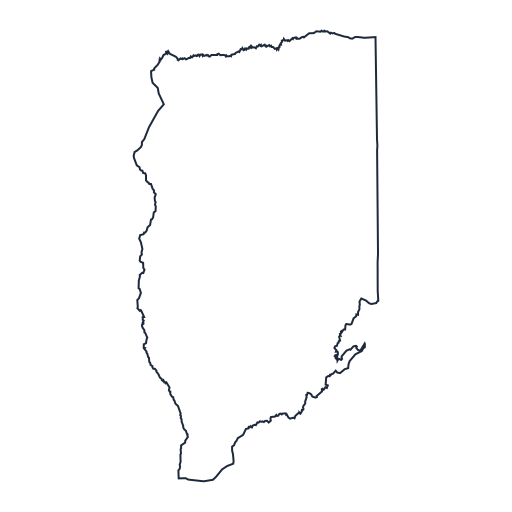 the district of Meatu, Simiyu, United Republic of Tanzania
{"feature_id": "72390352B64411652351957", "entity_name": "Meatu", "entity_type": "district", "adm_level": 2, "iso_a3": "TZA", "parent_name": "United Republic of Tanzania", "parent_adm1": "Simiyu", "projection": "equal_earth", "projection_center": [34.38, -3.507], "detail": "fine", "context": "isolated", "style": "outline", "palette": "slate", "viewbox_px": 512, "rotation_deg": 0, "n_neighbors": 0, "source": "geoboundaries", "source_scale": "gbopen_adm2", "svg_char_len": 5959}
<svg xmlns="http://www.w3.org/2000/svg" viewBox="0 0 512 512"><path d="M348.2,368.1L348.5,364.3L349.7,361.0L355.4,354.3L361.7,351.1L363.4,348.1L364.8,347.3L364.9,344.0L364.7,343.5L360.3,350.7L357.9,349.9L356.2,347.8L356.8,346.5L355.9,345.8L353.4,346.4L350.5,349.7L349.7,349.3L346.4,350.7L341.7,356.3L341.5,357.4L342.1,358.9L341.2,359.9L339.1,358.9L338.3,359.2L337.5,360.6L337.3,357.5L336.5,357.3L336.2,358.7L335.7,358.3L335.4,356.3L334.8,356.1L335.3,355.2L336.6,354.9L336.8,356.9L337.8,354.7L337.9,352.7L337.5,351.6L335.9,351.7L336.4,350.3L334.4,347.9L335.0,346.4L336.9,345.8L337.7,343.1L338.6,342.7L338.8,341.1L340.1,340.6L339.1,336.7L340.0,335.5L340.5,335.7L339.9,334.0L340.9,333.5L340.9,331.6L341.2,331.3L341.6,332.4L343.6,329.5L345.1,329.5L345.5,325.2L346.3,324.0L350.2,324.6L351.5,324.0L353.6,318.3L356.1,316.3L356.4,314.4L358.0,314.8L358.1,311.9L359.4,309.3L359.4,306.0L359.8,304.8L359.5,301.6L361.3,298.5L366.1,300.6L369.0,303.2L371.3,304.0L376.2,303.1L377.5,301.1L378.3,300.9L377.7,290.7L377.6,262.1L378.0,254.0L377.1,150.5L377.4,145.5L377.0,139.3L375.5,37.1L364.4,37.8L356.7,36.9L354.7,37.2L352.5,38.6L350.1,38.4L348.0,37.1L344.4,36.6L335.2,33.8L334.4,33.0L332.7,33.4L330.9,32.7L330.2,33.6L327.3,31.3L325.9,31.5L324.5,30.8L324.4,31.5L323.0,31.6L321.4,30.7L320.6,31.7L316.4,31.3L313.8,33.1L309.1,33.3L303.9,37.4L303.2,36.8L302.0,37.1L299.6,38.7L296.4,38.8L296.0,38.0L296.4,37.5L296.0,37.3L293.5,38.0L293.0,38.9L292.5,38.2L289.4,41.1L288.4,40.2L287.7,40.9L287.0,40.2L285.1,40.7L283.9,39.0L283.7,39.9L281.9,40.6L282.2,41.7L280.6,43.5L281.0,44.7L280.1,44.7L279.4,45.6L279.6,46.9L278.9,47.2L278.5,49.1L278.0,48.2L276.9,49.6L276.6,48.2L274.8,48.9L273.1,47.0L271.7,47.0L271.0,45.7L270.0,46.3L269.2,45.1L266.3,46.7L266.0,45.7L265.3,45.9L264.7,44.7L261.5,46.4L260.8,46.1L260.8,44.9L259.9,45.4L259.2,44.7L257.8,46.5L256.8,46.3L255.9,48.3L254.3,47.3L252.6,47.5L251.9,46.7L251.9,47.5L251.4,47.8L251.0,47.0L250.8,47.8L250.1,47.4L250.2,46.4L249.0,47.3L248.6,48.7L247.3,48.5L246.5,49.4L246.2,48.4L244.9,48.5L244.8,49.6L243.7,50.2L242.4,48.2L242.0,49.3L240.7,49.1L239.3,52.0L238.5,51.5L235.5,53.0L235.0,54.0L231.7,54.6L231.1,56.1L230.6,55.6L229.3,56.3L226.8,56.2L226.4,55.6L225.9,56.4L225.2,55.3L223.2,54.9L220.4,55.2L218.7,53.7L217.3,54.2L217.2,55.0L211.4,55.0L209.8,56.6L208.9,56.4L208.3,55.3L207.1,55.6L206.8,54.9L204.2,55.9L203.0,54.7L202.6,55.7L201.9,54.5L200.4,54.6L199.6,55.9L199.1,54.8L198.2,54.6L197.5,55.1L197.9,55.6L196.5,56.1L195.7,55.4L194.0,56.0L193.6,55.4L192.0,57.3L190.8,56.4L190.1,58.0L188.7,58.0L186.1,59.4L184.6,58.2L182.8,59.1L182.5,58.5L181.4,59.0L180.6,58.4L178.3,60.3L177.7,59.8L177.5,58.5L175.8,56.7L169.8,53.8L168.3,51.4L167.7,52.9L167.2,51.5L166.1,51.8L166.8,53.7L165.8,53.4L164.8,54.5L163.6,54.8L162.2,57.9L161.0,59.3L160.4,58.8L160.5,59.3L159.7,59.4L160.1,60.7L159.4,61.0L159.5,61.8L157.7,64.8L154.2,68.4L154.2,69.7L151.2,71.0L151.1,72.3L151.4,77.3L152.6,82.8L157.8,88.0L158.7,93.4L163.8,104.3L158.1,110.9L149.0,127.2L144.3,139.1L141.9,142.1L141.9,145.0L140.8,147.2L137.2,150.5L134.6,152.0L133.7,155.7L133.9,157.7L136.8,165.4L139.5,167.2L140.0,169.5L140.9,170.4L142.4,170.7L143.2,173.0L145.2,173.3L146.0,175.2L146.0,180.3L147.6,182.3L148.7,182.7L149.3,184.0L151.0,184.0L152.7,189.0L154.0,190.4L153.9,192.3L155.8,194.2L154.6,197.6L154.9,200.9L155.6,202.1L155.0,204.6L155.8,206.6L155.5,211.2L153.8,212.4L153.1,217.4L152.0,219.3L151.0,219.6L150.1,225.0L147.6,227.2L146.6,230.7L145.3,232.5L144.1,232.5L143.6,234.2L140.2,235.1L139.2,238.7L140.9,242.3L142.4,249.0L141.5,252.1L141.9,254.5L140.2,256.3L139.7,260.5L140.5,261.8L143.1,262.8L143.3,268.0L144.5,269.7L143.3,273.0L142.2,272.8L139.7,275.0L140.0,276.3L138.8,280.6L138.6,288.3L139.7,289.0L140.9,292.9L138.9,298.4L137.3,300.0L137.8,306.8L137.4,308.2L139.8,310.8L140.4,310.1L141.1,310.4L144.1,317.0L142.7,317.1L142.8,319.9L143.7,320.6L142.9,322.3L143.3,322.4L143.5,323.7L143.0,324.1L142.6,323.3L141.9,325.5L142.5,327.5L144.4,330.3L144.4,332.3L145.2,332.9L147.3,337.7L146.7,338.8L146.0,343.2L143.8,344.3L143.7,347.6L144.9,348.0L144.2,348.7L146.5,351.5L146.5,352.8L147.3,353.7L148.1,357.0L148.9,357.6L149.3,362.0L150.2,362.8L150.6,365.0L152.4,366.1L152.5,367.5L153.4,368.8L154.9,368.8L156.4,370.6L156.4,371.7L158.3,374.0L159.9,377.5L161.7,379.0L161.8,380.0L162.7,380.8L163.4,380.2L164.1,382.1L164.7,381.9L165.5,383.2L166.4,382.4L169.5,387.5L168.9,390.2L169.7,391.7L170.3,391.7L170.3,394.1L172.0,396.7L173.2,397.2L173.7,399.9L174.4,400.5L175.4,403.6L178.0,406.0L180.7,413.8L180.2,415.0L181.0,416.1L180.7,418.0L181.6,419.2L181.6,421.5L183.2,425.9L183.2,427.3L183.9,428.9L186.0,431.0L186.7,433.4L187.6,434.3L187.2,434.9L187.9,436.9L185.2,440.8L185.2,442.6L181.1,445.4L181.1,448.3L180.6,449.3L181.0,453.4L180.4,454.6L180.6,461.8L179.7,464.7L180.1,466.8L179.7,468.7L178.4,470.5L178.7,478.4L185.5,478.2L188.4,479.6L203.7,481.3L212.9,479.8L215.8,477.1L222.2,469.3L227.2,466.0L233.2,463.7L233.6,461.2L233.0,454.3L232.1,450.6L232.1,446.6L234.1,445.2L235.1,442.4L236.6,440.7L237.7,438.2L243.1,434.9L245.9,429.0L248.4,428.4L248.7,427.0L249.6,427.4L250.5,426.2L251.9,427.4L252.7,425.6L254.9,424.8L255.9,425.1L257.4,422.4L258.6,422.6L259.9,421.3L261.4,421.8L262.5,421.4L263.8,422.1L265.2,420.9L267.2,420.9L268.7,422.5L270.8,420.7L270.4,418.6L271.0,417.0L275.0,416.6L276.3,415.0L276.8,415.9L278.1,415.8L279.4,413.9L280.4,413.6L281.7,414.4L282.3,413.6L285.8,413.4L286.2,414.8L286.8,414.5L288.2,417.2L289.9,418.6L293.5,417.7L294.5,418.3L295.4,415.8L298.6,412.9L299.8,413.4L299.7,412.8L300.5,413.6L301.7,411.6L301.9,410.0L302.6,410.2L303.5,409.1L303.0,407.3L303.3,406.1L305.2,403.5L305.2,401.4L306.6,397.2L306.3,395.0L307.0,394.9L307.6,392.8L309.5,393.2L311.2,394.4L312.4,396.6L315.5,397.6L316.8,397.1L316.6,396.1L322.0,391.4L321.8,389.2L322.4,388.7L323.7,389.7L325.4,387.2L326.8,388.0L327.8,385.4L325.6,384.6L326.2,377.4L328.3,376.0L329.5,376.2L330.0,375.0L330.4,375.4L331.6,374.1L333.0,373.7L335.7,370.7L337.2,372.5L340.1,373.1L344.7,369.2L348.2,368.1Z" fill="none" stroke="#1e293b" stroke-width="2"/></svg>